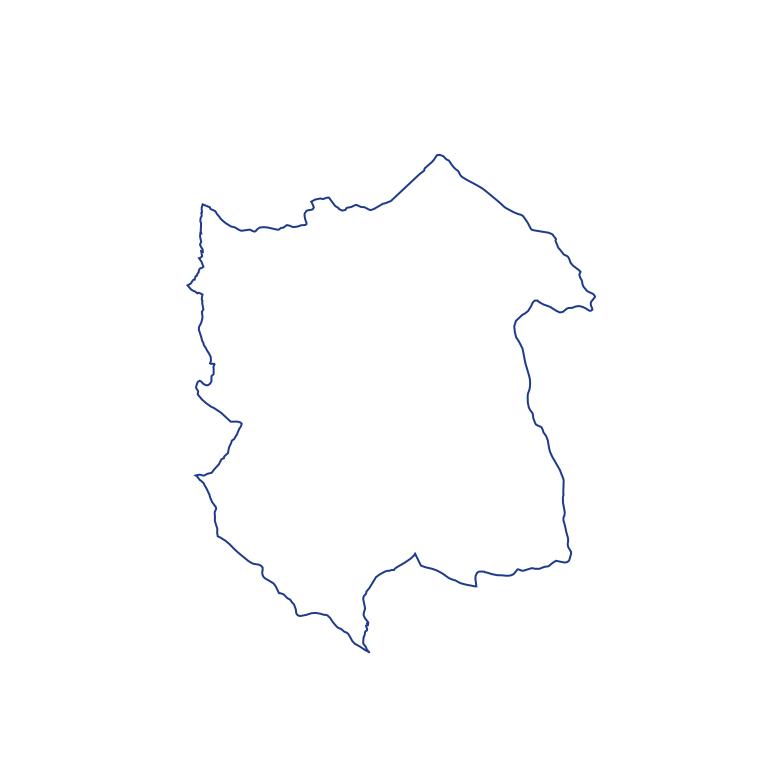 El Cocuy, Boyacá, Colombia, rotated 322°
{"feature_id": "7082276B29849615421719", "entity_name": "El Cocuy", "entity_type": "district", "adm_level": 2, "iso_a3": "COL", "parent_name": "Colombia", "parent_adm1": "Boyacá", "projection": "equal_earth", "projection_center": [-72.432, 6.355], "detail": "fine", "context": "isolated", "style": "outline", "palette": "blue", "viewbox_px": 768, "rotation_deg": 322, "n_neighbors": 0, "source": "geoboundaries", "source_scale": "gbopen_adm2", "svg_char_len": 6166}
<svg xmlns="http://www.w3.org/2000/svg" viewBox="0 0 768 768"><g transform="rotate(322 384 384)"><path d="M428.0,631.6L428.8,625.9L430.1,623.3L432.8,620.7L434.1,618.7L436.6,612.7L439.3,607.2L441.4,602.1L442.4,600.6L443.5,599.5L445.0,598.9L447.4,596.5L451.9,587.9L455.0,583.6L457.2,581.9L458.3,580.1L465.8,571.1L466.9,569.3L469.7,559.8L471.8,544.9L473.1,539.6L474.8,535.8L478.4,529.2L479.7,524.9L479.9,520.1L480.8,518.2L481.5,514.9L478.8,509.8L479.0,508.0L480.5,503.1L483.1,498.6L483.1,494.7L483.7,491.6L485.9,487.2L489.5,482.3L491.4,480.3L495.4,477.8L498.0,475.3L500.8,471.8L502.1,469.6L503.4,466.9L508.2,454.7L515.0,441.3L516.5,433.5L516.9,428.5L519.1,423.6L522.1,418.8L526.8,415.5L535.3,414.7L538.7,415.2L542.4,415.2L548.0,413.2L550.2,411.9L552.1,411.2L554.1,411.1L556.4,412.8L556.6,414.6L557.7,417.4L558.5,419.3L562.4,425.5L564.8,432.3L566.6,435.9L569.4,437.3L574.4,437.2L576.0,437.6L579.3,439.9L582.2,440.7L585.2,442.3L586.3,443.3L588.4,446.3L589.4,448.4L591.0,452.8L592.1,453.6L593.9,453.7L594.4,453.2L595.5,449.3L596.8,447.5L597.7,446.8L603.2,445.5L604.0,445.2L604.2,444.7L604.3,442.5L604.1,441.5L601.3,436.0L601.1,429.9L602.2,426.7L603.0,425.6L603.7,423.8L604.0,421.5L604.9,418.7L605.8,417.6L607.9,416.7L607.8,414.8L605.8,407.0L605.7,405.2L605.7,403.1L607.0,399.4L607.3,397.0L607.1,396.0L605.4,392.7L605.4,386.0L605.2,384.0L607.2,377.1L607.5,376.5L608.8,375.7L608.8,369.6L606.9,366.2L596.5,354.9L595.3,353.1L595.4,351.4L596.5,345.5L597.0,337.4L596.1,335.0L594.3,332.6L591.8,328.2L588.2,319.9L587.8,318.3L586.7,311.5L582.7,293.4L581.7,289.9L579.8,285.1L574.9,274.0L572.9,268.7L572.8,266.2L573.6,261.9L572.7,258.8L572.4,256.3L572.3,253.3L572.7,248.0L571.3,244.9L571.1,241.6L570.7,240.4L568.7,237.4L568.1,237.3L566.9,236.4L566.2,236.4L561.2,238.1L558.1,238.6L549.3,239.1L548.0,239.6L547.1,240.6L541.4,240.5L502.7,244.0L501.5,243.9L496.4,242.4L494.1,241.3L483.8,239.9L480.8,238.8L480.3,238.5L479.5,237.2L477.4,232.6L474.9,230.4L473.1,226.9L472.1,225.5L467.0,224.3L463.2,222.3L462.1,222.4L460.9,223.1L457.9,221.7L456.3,218.5L456.4,217.1L455.1,213.7L455.4,203.2L453.8,202.1L450.3,200.9L449.2,200.1L448.1,198.6L443.3,196.3L438.9,195.5L438.5,198.1L437.4,201.7L435.8,202.3L434.5,202.2L430.3,200.0L428.9,200.0L426.4,200.9L425.8,201.4L424.4,203.5L422.9,206.7L422.2,209.3L421.4,210.2L420.0,210.3L415.9,207.6L414.6,207.4L412.2,206.4L409.3,204.6L408.6,203.9L407.2,201.3L405.4,199.0L400.8,198.8L398.9,197.6L395.9,197.5L395.1,196.9L388.9,189.3L386.0,186.5L382.6,184.3L379.6,184.0L377.0,184.5L375.8,184.2L374.7,182.7L373.4,179.8L366.0,175.5L364.8,173.6L362.9,168.8L360.4,165.6L358.3,159.9L357.4,156.0L357.0,153.0L357.2,150.5L357.0,147.1L357.5,144.0L355.0,139.1L355.6,137.6L351.7,130.8L348.8,132.9L347.4,134.8L346.3,136.7L345.2,136.8L344.7,138.1L343.7,139.4L341.8,140.2L339.4,142.7L339.1,144.2L338.6,145.0L333.8,150.6L332.8,152.6L332.3,151.9L329.8,154.6L327.5,159.4L324.8,160.9L324.2,163.3L323.9,166.3L322.6,168.3L321.7,166.8L319.3,171.4L317.1,171.5L315.7,171.0L315.4,175.6L313.8,180.5L312.6,180.5L310.6,179.8L309.6,179.8L307.6,180.8L307.0,181.7L304.5,182.5L303.3,183.5L302.3,183.1L301.6,183.3L299.0,185.2L298.4,184.6L297.1,184.6L293.9,185.9L289.9,185.3L290.2,191.0L291.2,193.4L292.2,195.1L292.7,197.6L293.8,197.8L294.5,198.4L296.1,201.7L293.4,204.1L292.2,205.6L292.2,206.6L290.8,207.9L287.6,214.0L284.9,215.0L282.3,219.4L280.7,221.0L277.6,223.2L273.3,225.2L271.5,227.3L268.6,235.2L267.3,237.9L267.1,240.1L266.0,242.4L265.7,246.4L265.2,248.4L264.9,252.0L264.2,255.8L262.3,258.7L261.2,259.8L259.6,260.6L259.8,261.3L262.6,263.5L262.6,264.1L260.2,265.4L258.8,267.6L255.8,271.3L252.9,271.6L249.4,275.9L247.0,276.6L245.5,276.7L243.9,276.2L242.7,275.0L241.7,272.5L241.4,269.2L240.6,267.9L239.2,267.7L237.3,268.3L234.0,270.7L233.4,271.8L233.3,274.1L233.0,275.4L230.8,277.5L231.0,284.1L232.0,289.4L233.6,295.0L235.4,298.7L237.9,306.3L240.0,319.3L245.1,323.2L246.5,324.9L247.3,326.3L247.4,327.7L245.2,329.3L242.6,330.1L238.3,332.4L237.3,333.3L235.7,333.6L231.9,335.2L229.8,334.9L229.0,335.1L227.5,336.2L222.8,338.6L218.4,342.4L213.9,342.7L212.6,343.3L212.1,343.9L210.7,343.4L209.0,343.4L204.6,345.6L196.7,346.9L194.5,347.7L193.1,347.7L189.5,346.0L186.1,345.5L184.7,344.4L183.7,342.8L182.4,341.6L179.3,340.2L179.8,341.9L179.8,346.4L180.4,348.4L180.8,351.2L180.2,353.8L179.9,356.6L178.3,363.7L177.0,366.7L175.9,371.2L175.7,377.4L174.9,379.0L171.6,380.8L168.0,386.0L167.0,386.8L165.9,389.0L163.5,395.5L160.8,398.7L159.2,401.7L160.5,404.2L162.5,409.7L163.7,415.3L164.3,421.1L165.2,426.8L168.1,439.8L169.4,443.4L170.6,445.5L174.4,449.6L175.3,451.9L175.3,454.0L173.6,456.1L172.3,457.2L170.9,459.2L170.3,461.7L170.5,463.6L173.9,472.3L174.2,473.7L174.1,476.7L172.5,484.2L173.5,485.0L175.4,488.0L176.0,493.3L177.3,496.2L177.1,499.2L177.3,502.6L175.6,507.6L173.8,510.5L173.5,512.2L174.3,514.4L175.2,515.3L180.4,518.0L185.8,520.0L189.2,522.3L192.3,525.7L194.5,528.8L196.1,530.2L197.0,531.6L197.5,535.0L197.1,540.1L197.2,543.6L197.5,546.8L197.8,547.9L199.3,550.5L200.2,554.7L201.4,556.8L201.9,558.4L201.7,561.5L200.8,566.7L201.0,570.5L203.4,576.2L205.2,581.7L206.8,585.2L207.3,587.0L206.9,583.2L207.8,579.9L207.8,576.2L208.4,574.9L211.9,571.1L214.2,569.9L216.2,567.9L217.3,567.5L218.7,567.7L219.3,567.3L219.9,566.6L220.6,564.3L221.1,563.4L222.8,564.2L223.2,563.8L223.1,562.3L223.5,562.1L224.3,562.7L224.8,562.3L224.8,556.8L225.6,553.6L226.8,552.2L230.9,549.3L235.1,540.9L236.1,539.7L238.0,538.6L240.0,538.4L241.4,537.7L242.4,536.7L246.8,535.8L258.8,531.3L263.1,531.4L269.3,532.4L271.7,533.3L273.4,534.6L275.3,535.1L277.4,536.7L278.0,536.4L280.6,536.2L290.8,537.6L297.4,538.0L302.0,537.6L304.0,536.9L301.3,549.8L303.9,554.0L308.2,559.3L310.9,563.6L313.4,569.3L315.6,576.8L317.1,579.6L319.3,582.7L321.0,586.7L321.9,588.4L324.7,592.1L331.2,599.6L332.2,600.3L336.3,593.5L338.2,591.5L341.0,590.1L343.2,590.3L344.9,591.4L347.5,593.7L347.5,594.4L348.6,595.4L352.2,600.5L355.9,604.8L358.4,606.7L362.9,610.9L365.3,612.5L367.7,613.4L369.3,613.6L375.1,612.3L376.2,613.4L377.4,615.6L378.6,616.8L387.1,620.1L389.4,622.7L392.7,625.3L397.7,626.8L401.4,628.9L407.0,628.8L410.7,629.2L416.1,635.6L418.3,637.0L420.6,637.2L421.5,636.9L426.5,633.3L428.0,631.6Z" fill="none" stroke="#1e3a8a" stroke-width="2"/></g></svg>